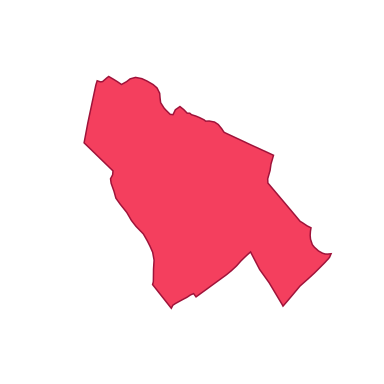 the district of Saensokh, Phnom Penh, Cambodia, rotated 323°
{"feature_id": "14789045B60283384180487", "entity_name": "Saensokh", "entity_type": "district", "adm_level": 2, "iso_a3": "KHM", "parent_name": "Cambodia", "parent_adm1": "Phnom Penh", "projection": "natural_earth1", "projection_center": [104.865, 11.597], "detail": "fine", "context": "isolated", "style": "filled", "palette": "rose", "viewbox_px": 384, "rotation_deg": 323, "n_neighbors": 0, "source": "geoboundaries", "source_scale": "gbopen_adm2", "svg_char_len": 1531}
<svg xmlns="http://www.w3.org/2000/svg" viewBox="0 0 384 384"><g transform="rotate(323 192 192)"><path d="M279.2,211.7L267.0,189.1L253.6,163.8L253.6,162.2L253.8,159.5L253.6,153.9L252.1,149.7L248.5,145.7L245.5,143.6L245.1,141.7L242.8,137.1L240.8,133.7L238.1,129.9L237.6,127.7L235.6,126.2L235.0,121.2L233.8,116.5L228.2,116.3L223.4,118.8L221.3,116.9L220.7,112.7L220.4,110.6L220.2,108.1L220.7,101.8L223.0,97.8L225.6,93.7L226.7,87.9L225.6,82.8L222.9,76.4L220.2,71.3L215.9,66.5L210.7,64.4L206.3,64.5L200.4,63.7L198.8,59.0L197.1,54.6L195.0,49.6L192.7,49.6L187.1,50.0L185.3,49.1L183.2,46.1L179.6,48.7L150.3,74.2L135.4,87.8L141.6,127.6L139.0,130.5L134.9,132.4L132.7,136.3L130.1,144.6L127.5,151.1L127.3,158.6L127.6,169.1L126.5,178.2L126.6,185.7L127.9,196.2L126.9,204.2L125.8,210.2L124.3,216.5L120.7,223.6L114.8,230.5L111.4,234.9L108.0,239.3L106.9,240.6L104.8,242.2L105.5,272.4L108.6,270.9L111.7,271.1L119.3,272.2L125.0,273.1L128.8,273.3L132.1,274.1L132.1,278.2L169.8,278.8L176.5,278.5L183.2,277.8L189.6,276.5L194.2,275.9L198.8,275.4L202.7,275.1L199.4,294.6L199.0,310.9L196.3,336.0L196.0,337.9L202.1,336.6L211.4,334.5L221.6,332.1L233.7,331.1L240.9,330.4L246.0,329.7L255.0,328.4L256.3,328.2L258.3,327.8L260.3,327.5L262.6,326.9L265.9,325.0L262.8,323.1L261.0,321.6L259.4,319.4L257.5,315.1L256.5,309.7L256.4,306.5L258.2,301.1L260.3,297.7L263.1,294.5L265.5,292.2L263.5,288.2L261.8,283.2L260.7,280.5L260.0,266.7L258.0,230.5L260.4,227.0L267.3,221.8L271.9,217.2L276.2,214.0L279.2,211.7Z" fill="#f43f5e" stroke="#9f1239" stroke-width="1.5"/></g></svg>